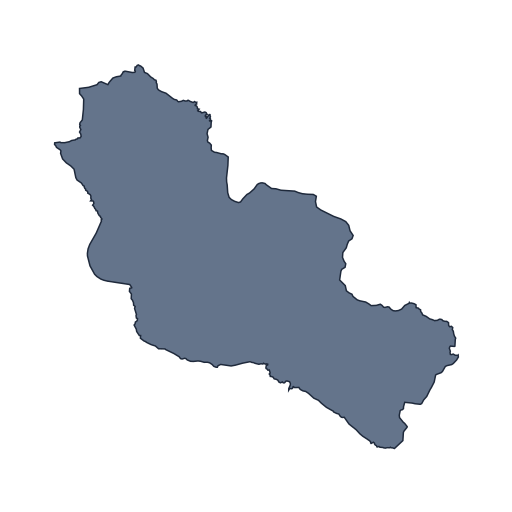 the district of Namor, Oudômxai, Laos, rotated 95°
{"feature_id": "54806243B14770946613819", "entity_name": "Namor", "entity_type": "district", "adm_level": 2, "iso_a3": "LAO", "parent_name": "Laos", "parent_adm1": "Oudômxai", "projection": "robinson", "projection_center": [101.708, 20.926], "detail": "fine", "context": "isolated", "style": "filled", "palette": "slate", "viewbox_px": 512, "rotation_deg": 95, "n_neighbors": 0, "source": "geoboundaries", "source_scale": "gbopen_adm2", "svg_char_len": 6048}
<svg xmlns="http://www.w3.org/2000/svg" viewBox="0 0 512 512"><g transform="rotate(95 256 256)"><path d="M337.0,46.0L337.4,46.4L337.5,48.9L336.5,51.0L337.2,52.7L337.1,53.8L335.2,54.3L334.0,54.1L331.0,55.4L329.5,55.0L328.8,54.5L328.8,50.5L328.5,50.0L321.6,50.2L320.4,49.9L318.6,51.3L316.5,52.2L313.7,52.9L312.3,54.0L310.1,53.8L309.0,55.3L309.6,56.8L308.5,58.0L305.6,58.4L304.5,60.3L304.6,62.2L304.2,64.2L303.1,65.4L302.9,66.9L303.0,67.8L304.4,69.9L304.5,71.4L304.9,72.1L304.0,74.9L303.5,77.5L301.3,81.2L300.1,84.9L298.3,85.8L296.9,87.1L295.2,87.4L294.7,88.8L293.8,89.6L293.5,92.0L290.6,92.4L289.7,94.5L289.3,97.0L289.5,98.8L289.0,99.2L289.8,99.4L292.3,103.5L296.2,106.3L297.9,109.3L298.6,112.3L298.5,114.7L297.1,117.2L295.3,118.9L295.1,120.5L296.0,123.0L295.9,124.4L294.2,126.2L293.2,128.0L294.7,131.8L295.4,137.0L294.0,139.2L292.3,142.7L291.6,148.6L290.9,151.3L287.8,155.9L285.7,157.1L284.7,159.9L282.8,162.9L277.7,164.5L272.6,170.6L263.8,170.1L261.8,169.4L259.5,166.3L255.9,165.9L253.7,167.7L249.9,169.7L245.0,169.8L240.0,166.8L236.4,166.1L233.0,165.0L230.5,161.9L227.1,161.0L222.7,164.5L217.4,166.3L213.9,169.6L211.7,174.7L209.8,182.0L204.5,195.5L201.9,199.9L196.6,201.5L191.2,201.1L189.7,204.3L190.0,210.4L189.9,215.3L189.1,219.6L188.0,223.1L188.3,236.9L187.3,242.0L187.4,246.4L184.1,252.0L183.0,253.3L182.6,255.7L182.7,257.4L183.6,259.6L184.7,261.0L189.3,263.7L193.8,267.9L195.5,270.4L200.2,274.1L203.5,276.1L204.3,278.1L203.4,282.0L201.9,285.5L199.9,287.9L195.4,289.7L187.7,290.9L184.8,291.7L180.9,292.2L168.2,291.9L159.8,292.3L157.6,296.0L157.1,297.5L157.2,299.6L156.3,304.4L156.3,306.3L154.7,309.6L152.2,310.1L149.4,310.2L147.5,312.1L146.8,313.8L145.3,314.5L141.9,314.1L138.4,315.4L134.1,314.9L131.4,312.1L126.8,312.3L125.2,312.0L124.9,312.6L125.6,313.6L125.5,314.0L125.1,314.1L124.2,313.2L123.2,313.4L122.9,314.1L121.3,313.5L120.3,314.0L119.4,314.0L119.1,314.3L119.2,315.0L123.1,317.3L123.0,317.6L121.4,317.8L121.5,318.5L120.9,318.8L119.9,318.5L119.3,317.0L117.5,318.2L117.0,319.5L118.1,322.4L118.0,323.0L116.9,323.8L116.9,325.8L116.4,326.7L114.7,325.5L114.4,327.2L112.9,327.4L111.7,328.3L111.4,329.7L111.0,329.8L110.2,329.2L109.7,328.3L108.8,328.6L108.0,328.4L108.1,329.6L107.5,330.7L108.5,331.8L108.5,332.3L107.6,335.4L106.8,336.9L106.9,337.6L107.5,338.1L107.8,339.9L107.3,342.0L108.4,343.8L109.1,346.7L108.8,347.4L107.5,348.6L107.1,351.2L106.2,352.9L101.7,359.8L100.5,364.4L99.4,366.9L98.8,367.9L97.4,369.0L93.4,369.6L92.0,370.5L90.7,370.5L89.6,371.0L89.3,372.6L88.2,373.8L86.8,376.5L83.8,380.0L82.8,383.1L78.6,384.9L76.7,387.6L76.7,388.3L75.9,389.7L76.4,390.9L78.2,392.0L78.3,392.9L81.7,393.0L82.4,392.3L83.1,392.4L83.6,392.9L84.0,395.1L83.3,402.2L83.3,402.8L84.0,403.6L83.9,404.2L86.0,405.1L87.8,406.3L88.5,406.4L89.6,410.7L91.2,414.1L95.8,417.4L98.2,418.5L95.9,425.4L96.8,427.7L99.2,429.3L102.5,437.3L104.5,446.4L109.7,445.9L111.8,443.6L114.7,441.3L125.2,440.7L135.6,440.9L138.6,442.9L140.3,443.1L141.3,442.3L141.9,442.9L143.1,442.8L145.3,441.5L147.9,442.6L149.8,441.2L152.1,440.6L153.7,441.6L153.9,443.7L154.8,444.0L155.4,445.6L156.1,446.2L157.0,449.7L158.4,451.9L159.8,456.5L160.1,460.3L159.6,461.2L160.8,466.4L162.4,466.4L163.9,464.9L165.2,464.2L167.4,460.2L167.9,459.8L168.4,459.5L170.8,459.6L176.2,457.1L179.8,453.0L182.4,448.4L185.4,444.8L193.7,442.3L195.9,440.9L198.5,436.3L200.9,434.4L201.4,433.2L202.6,433.0L203.7,432.3L204.1,431.6L205.3,431.4L206.3,429.5L207.2,429.1L208.0,429.1L209.3,426.5L210.7,425.7L212.8,425.6L214.1,424.8L215.5,425.6L215.4,423.1L216.1,422.5L217.9,422.1L219.6,423.2L220.8,421.8L222.6,420.8L223.6,419.7L224.8,419.3L225.1,417.8L226.9,417.4L229.0,416.0L229.7,415.3L230.0,414.5L231.0,414.2L232.6,412.7L233.5,413.4L234.7,413.0L247.2,417.2L258.9,422.6L263.5,423.9L268.0,424.2L270.6,423.9L280.3,420.5L288.2,415.2L290.3,412.7L292.5,408.6L293.4,405.5L294.0,401.6L295.4,379.3L298.1,377.1L298.6,377.1L299.2,379.0L302.3,379.0L304.7,376.8L309.4,376.6L310.7,375.3L313.1,374.0L315.7,373.6L316.8,372.0L318.8,372.4L324.7,370.0L325.5,370.3L326.9,370.1L328.3,369.7L328.6,368.6L330.3,368.6L331.4,369.2L332.3,370.4L334.0,370.5L335.4,371.4L339.3,368.9L341.6,368.3L345.4,365.3L345.3,364.0L348.0,364.0L350.5,360.0L350.9,358.3L351.4,358.0L353.4,352.8L354.4,348.4L356.9,345.0L356.5,338.6L357.1,337.8L360.3,329.3L362.3,325.3L363.0,323.8L364.4,322.6L365.0,321.7L365.0,320.4L364.1,318.2L364.3,316.9L365.5,315.5L366.6,312.1L366.5,309.3L365.6,304.6L365.7,302.0L366.4,298.4L366.1,295.1L366.4,293.0L367.9,290.2L369.6,288.4L370.3,286.0L370.2,284.8L368.6,284.3L367.1,281.7L367.7,271.2L366.6,267.2L363.9,259.9L361.8,252.7L362.4,250.7L362.4,249.3L363.0,247.6L363.6,243.7L362.9,241.7L363.0,239.7L362.2,239.2L362.9,237.2L362.5,236.4L362.7,234.9L363.5,234.9L364.2,236.2L366.7,236.4L367.3,236.0L367.8,234.9L368.7,234.2L368.4,232.8L371.3,231.7L372.4,232.5L373.7,231.4L374.7,231.3L374.8,229.6L375.3,228.3L376.8,227.2L377.1,224.9L377.9,223.3L379.5,222.3L380.2,220.6L379.2,218.7L379.7,218.3L380.0,217.3L379.8,216.5L378.0,215.2L377.8,214.2L378.3,211.6L380.1,210.6L381.5,210.6L385.2,211.8L386.7,211.7L385.1,210.9L385.1,208.7L384.1,207.8L383.4,207.9L382.9,207.4L383.7,206.0L383.2,201.8L384.5,200.9L385.3,199.8L386.3,197.4L386.6,194.7L388.2,191.8L392.6,186.0L394.3,181.2L396.9,178.1L400.6,172.7L403.9,165.4L404.6,165.1L405.8,162.0L406.2,159.7L408.1,158.3L409.1,157.0L409.3,156.0L409.0,154.0L415.3,148.7L420.4,141.0L424.0,137.1L426.2,134.0L430.1,126.8L431.2,125.6L432.2,125.5L432.7,125.0L431.3,122.8L432.2,121.6L433.0,121.5L433.9,120.7L434.4,119.5L435.6,118.9L435.6,118.2L435.0,116.9L435.7,116.0L435.7,112.8L436.0,112.1L436.1,110.3L435.5,108.7L435.4,106.3L434.8,105.4L435.3,104.8L435.2,103.4L435.7,101.3L427.1,93.6L418.9,93.8L417.7,93.4L413.5,90.6L412.8,90.5L409.8,93.3L408.7,94.9L404.5,98.9L402.2,99.4L397.6,98.9L396.7,98.0L396.3,96.7L395.2,95.8L393.3,95.9L388.8,95.1L388.9,87.6L389.3,84.8L389.4,79.4L388.6,78.1L384.7,76.4L381.1,73.7L373.8,70.9L371.9,69.9L366.0,67.5L359.0,66.7L358.3,66.0L356.1,61.4L354.8,60.2L349.6,57.8L348.6,56.3L347.1,51.6L345.9,50.1L342.1,47.1L339.0,45.6L337.0,46.0Z" fill="#64748b" stroke="#1e293b" stroke-width="1.5"/></g></svg>